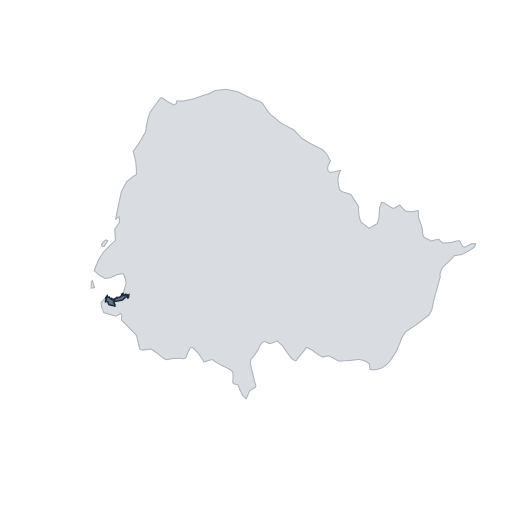 location of Stueng Hav, Kaôh Kong, Cambodia, rotated 38°
{"feature_id": "14789045B13599773349639", "entity_name": "Stueng Hav", "entity_type": "district", "adm_level": 2, "iso_a3": "KHM", "parent_name": "Cambodia", "parent_adm1": "Kaôh Kong", "projection": "orthographic", "projection_center": [103.692, 10.797], "detail": "fine", "context": "in_parent", "style": "filled", "palette": "slate", "viewbox_px": 512, "rotation_deg": 38, "n_neighbors": 0, "source": "geoboundaries", "source_scale": "gbopen_adm2", "svg_char_len": 6151}
<svg xmlns="http://www.w3.org/2000/svg" viewBox="0 0 512 512"><g transform="rotate(38 256 256)"><path d="M421.6,111.1L422.7,114.7L420.1,121.8L417.3,128.1L412.0,133.7L411.8,137.8L410.1,150.0L410.9,153.9L412.2,157.2L414.0,158.9L418.9,170.8L423.4,181.5L427.8,190.4L428.6,196.0L425.0,210.3L420.6,223.5L421.1,230.0L423.1,236.5L425.4,245.2L426.3,256.3L425.3,263.6L423.3,268.2L419.4,272.8L415.9,275.3L411.7,271.4L408.4,271.2L404.0,272.5L400.6,274.3L393.6,281.2L385.8,287.9L374.9,289.7L370.7,294.6L366.2,295.4L357.5,295.7L351.9,296.9L352.2,299.4L351.9,311.0L352.0,313.7L351.1,314.5L347.2,314.9L340.6,313.1L331.6,310.3L325.2,309.9L322.0,315.0L320.1,317.0L317.7,317.3L315.1,318.3L314.3,320.5L314.1,323.4L315.4,328.2L315.9,335.9L315.6,341.1L318.0,344.5L331.8,355.5L335.8,358.3L336.3,359.9L334.0,366.0L336.2,374.6L331.9,374.4L324.7,370.8L321.2,368.6L317.1,370.4L315.6,370.1L312.8,365.9L309.1,361.6L305.3,361.4L297.3,363.1L289.2,364.4L286.1,364.4L284.8,365.1L280.1,371.6L278.1,370.5L269.9,368.1L262.3,367.2L260.8,368.8L261.7,374.0L263.4,379.1L262.5,381.3L258.3,384.0L252.9,388.8L249.6,392.6L247.2,393.5L238.9,393.4L230.7,393.9L227.3,397.4L224.2,400.2L221.6,400.9L210.7,392.2L189.2,389.2L186.9,385.4L184.8,384.6L182.8,389.6L171.0,394.4L166.1,391.5L162.5,388.0L163.0,383.7L166.4,380.2L172.3,377.7L175.0,368.8L170.5,357.5L166.6,354.2L162.5,351.6L158.2,355.8L154.5,363.0L150.7,366.7L145.3,367.5L137.4,367.2L134.4,356.4L133.4,347.2L134.5,336.7L135.7,330.4L128.2,321.8L127.8,313.6L124.1,309.4L123.0,311.5L123.1,313.9L122.1,312.2L110.2,288.1L108.3,276.9L110.4,268.4L111.6,265.5L108.1,261.0L103.3,255.8L94.8,249.1L94.3,238.4L92.5,225.9L89.9,221.6L86.1,213.9L84.0,207.5L83.4,190.6L84.4,189.2L90.5,188.8L98.2,187.6L99.4,184.9L98.1,182.6L103.1,178.8L110.2,170.4L115.7,161.7L119.6,156.2L122.0,150.7L130.0,142.9L140.9,137.6L148.4,136.3L156.1,134.5L163.5,131.9L167.1,131.7L176.3,134.8L181.2,135.6L186.5,135.6L191.9,135.9L196.6,135.6L207.9,133.3L219.9,135.1L230.5,133.7L243.8,131.1L250.3,132.7L256.2,135.2L257.1,140.3L258.4,142.7L260.4,144.5L263.1,144.4L266.4,140.8L269.2,137.1L270.1,136.4L270.3,138.3L271.7,142.3L274.2,146.2L276.8,148.8L281.1,152.3L283.9,152.4L292.9,149.1L306.5,153.8L308.1,156.2L312.5,161.0L317.3,164.5L327.9,164.6L331.6,156.0L329.7,150.8L323.6,141.7L321.9,136.3L323.8,135.4L334.0,134.3L335.6,133.2L337.8,127.3L340.6,127.9L346.3,128.6L352.2,124.6L355.7,120.3L357.6,122.2L359.8,125.1L362.1,126.8L366.5,129.4L371.2,132.9L374.2,136.4L376.6,137.8L382.7,136.7L384.3,136.8L387.7,132.5L390.2,130.2L392.3,130.8L395.3,130.7L401.6,125.2L405.1,120.2L407.1,118.8L412.8,121.2L415.0,120.7L418.2,113.8L421.6,111.1ZM130.4,342.2L129.2,342.9L128.1,342.8L127.0,341.9L127.1,338.0L127.9,335.6L129.8,335.2L130.4,342.2ZM148.3,380.3L145.9,382.9L142.0,377.6L142.1,376.1L148.3,380.3Z" fill="#d9dde1" stroke="#a8b0b8" stroke-width="1"/><path d="M173.9,367.8L174.0,368.2L174.1,368.8L174.2,369.0L174.2,369.3L174.3,369.4L174.2,369.4L174.3,369.5L174.3,369.8L174.3,370.0L174.4,370.3L174.4,370.5L174.3,371.2L174.4,371.4L174.3,371.6L174.3,372.0L174.1,372.2L174.1,372.4L174.0,372.5L173.9,372.5L173.8,372.9L173.6,373.1L173.4,373.2L173.2,373.3L172.9,373.4L172.7,373.5L172.5,373.8L172.5,374.0L172.4,373.9L172.3,374.0L172.2,374.1L171.9,374.2L171.8,374.3L171.7,374.4L171.7,374.5L171.8,374.6L171.7,374.7L171.7,374.8L171.5,375.0L171.7,375.6L171.6,376.1L171.6,376.3L171.5,376.6L171.4,376.9L171.2,377.0L170.9,376.9L170.8,377.0L170.7,377.2L170.7,377.3L170.8,377.3L171.0,377.4L171.0,377.6L170.9,377.7L171.0,377.7L171.0,377.8L171.1,378.0L170.9,378.7L170.7,378.7L170.3,378.6L170.2,378.6L169.9,378.8L169.8,378.7L169.8,378.8L169.7,378.8L169.6,379.0L169.4,379.0L169.0,379.0L169.0,378.8L168.9,378.8L168.9,378.7L168.6,378.6L168.4,378.4L168.2,378.3L168.1,378.5L168.0,378.8L167.9,378.9L167.9,379.0L168.0,379.1L167.9,379.1L167.6,379.2L167.4,379.2L167.1,379.2L166.7,379.2L166.3,379.1L166.1,378.9L165.9,378.7L165.6,378.7L165.6,378.8L165.4,379.0L165.0,379.4L165.0,379.5L164.9,379.6L164.7,379.7L164.6,379.8L164.3,379.9L164.2,379.9L164.2,380.1L163.9,380.1L163.8,380.3L163.7,380.3L163.5,380.2L163.4,380.2L163.4,380.3L163.3,380.2L163.2,380.1L163.2,380.3L163.2,380.5L163.3,381.0L163.2,381.3L163.3,381.4L163.3,381.6L163.3,381.9L163.4,382.0L164.0,382.0L164.6,382.0L164.8,382.1L164.8,382.7L164.8,382.8L164.7,383.1L164.7,383.4L164.8,383.5L164.9,383.8L165.1,384.2L165.4,384.5L165.4,384.4L165.5,384.4L165.7,384.0L165.8,383.8L166.1,383.9L166.3,383.9L166.7,383.8L166.9,383.7L167.0,383.6L167.3,383.6L167.3,383.4L167.6,383.3L168.0,383.6L168.4,383.7L168.5,383.9L168.6,384.0L169.0,384.4L169.2,384.5L169.3,384.5L169.5,384.7L169.8,384.8L170.2,384.7L170.4,384.8L171.0,384.5L172.1,384.0L172.3,383.9L172.7,383.7L173.0,383.6L173.5,383.3L173.9,383.0L174.4,382.8L174.5,382.6L174.8,382.4L175.1,382.5L175.3,382.5L175.5,382.6L175.7,382.4L175.7,382.2L175.2,381.8L175.0,381.4L174.8,381.2L174.7,381.2L174.3,381.1L173.8,380.9L173.6,380.6L173.4,380.6L173.3,380.4L173.2,380.4L173.0,380.2L172.9,380.2L172.7,379.9L172.6,380.0L172.4,379.9L172.3,379.7L172.3,379.8L172.2,379.9L172.1,379.5L171.9,379.0L171.9,378.7L172.7,378.6L172.8,378.6L173.2,378.2L173.7,377.6L175.0,376.3L175.3,375.9L176.5,374.5L176.6,374.4L177.1,373.9L177.4,373.5L177.6,373.1L177.9,372.6L178.1,371.7L178.1,371.4L178.2,370.9L178.2,370.6L178.3,370.3L178.5,369.4L179.3,367.1L179.7,367.3L180.4,367.7L180.8,367.9L181.0,368.0L181.0,367.8L180.8,367.4L180.8,367.1L180.9,366.8L180.8,366.6L180.3,365.9L179.9,365.3L179.9,365.5L179.7,365.6L179.4,365.6L179.4,365.8L179.3,365.7L179.2,365.7L179.2,365.8L178.9,365.8L178.9,365.7L178.8,365.8L178.7,365.8L178.4,365.9L178.4,366.0L178.2,366.0L177.9,366.1L177.9,366.3L178.0,366.3L177.9,366.3L177.8,366.5L177.7,366.5L177.4,366.6L177.2,366.8L177.1,366.7L177.1,366.8L176.9,366.8L176.8,367.0L177.0,367.0L177.0,367.3L176.9,367.3L176.8,367.1L176.7,367.1L176.7,367.3L176.5,367.5L176.5,367.8L176.4,367.8L176.0,368.0L176.2,368.3L175.9,368.3L175.8,368.2L175.7,368.1L175.6,367.8L175.4,367.8L175.3,368.1L175.4,368.3L175.2,368.5L175.0,368.4L174.8,368.5L174.7,368.4L174.7,368.2L174.4,368.0L174.3,367.9L174.4,367.6L174.5,367.6L174.4,367.5L174.2,367.7L173.9,367.8ZM163.4,379.1L163.5,379.1L163.4,379.0L163.4,379.1Z" fill="#64748b" stroke="#1e293b" stroke-width="1.5"/></g></svg>